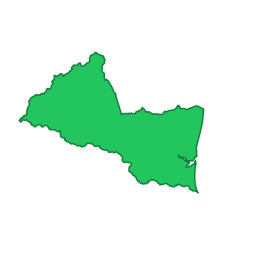 Moma, Nampula, Mozambique, rotated 308°
{"feature_id": "85939544B26201267157646", "entity_name": "Moma", "entity_type": "district", "adm_level": 2, "iso_a3": "MOZ", "parent_name": "Mozambique", "parent_adm1": "Nampula", "projection": "orthographic", "projection_center": [39.158, -16.396], "detail": "fine", "context": "isolated", "style": "filled", "palette": "green", "viewbox_px": 256, "rotation_deg": 308, "n_neighbors": 0, "source": "geoboundaries", "source_scale": "gbopen_adm2", "svg_char_len": 5774}
<svg xmlns="http://www.w3.org/2000/svg" viewBox="0 0 256 256"><g transform="rotate(308 128 128)"><path d="M169.3,63.7L168.8,63.0L168.8,62.0L167.9,59.8L168.0,59.3L167.6,58.4L167.8,57.7L167.7,57.0L167.9,56.6L167.8,56.0L166.9,55.6L165.9,55.7L165.3,55.4L164.4,55.4L162.2,53.9L160.3,54.4L159.8,54.9L158.5,55.3L157.1,56.7L156.3,56.8L152.5,55.3L151.7,55.4L150.9,55.0L149.6,54.8L148.5,53.9L148.3,53.1L149.3,51.1L149.8,50.6L149.6,49.9L148.3,49.7L147.8,49.2L146.6,49.4L146.0,49.0L145.1,47.9L144.8,47.8L144.5,46.8L143.8,46.5L143.4,46.4L142.7,46.7L141.8,46.3L140.8,46.5L139.9,46.9L139.6,47.8L138.5,47.9L137.7,47.8L137.5,47.3L136.9,47.0L135.1,47.5L133.6,46.3L131.5,45.6L128.8,45.2L128.7,44.5L129.8,43.9L129.8,42.2L128.3,40.9L127.6,41.3L126.1,40.8L125.9,40.6L125.2,40.6L124.6,38.5L123.9,37.7L123.2,37.9L122.4,39.3L121.8,39.3L121.0,39.7L119.8,39.7L119.2,39.5L117.4,39.6L117.3,39.8L117.4,40.7L116.6,41.0L116.2,41.5L113.2,41.9L112.2,42.7L111.1,43.0L110.5,42.2L110.2,41.5L110.3,41.2L109.6,40.6L109.4,40.1L107.9,40.1L106.4,41.0L104.0,40.5L103.0,40.7L102.6,40.2L102.8,39.4L102.6,39.2L101.9,39.1L101.4,38.4L100.1,38.6L99.9,38.5L99.3,37.8L99.3,37.2L98.0,36.3L97.2,34.6L95.6,34.8L95.1,34.5L94.6,33.8L93.8,33.8L92.4,33.0L91.7,33.0L90.8,33.1L90.4,33.5L89.4,33.5L88.7,33.2L88.1,33.4L87.1,34.3L86.8,34.9L84.8,36.4L82.5,36.4L81.8,36.8L80.3,37.1L79.6,37.8L78.6,38.2L78.1,38.8L77.1,39.1L75.8,40.1L75.3,40.1L75.1,39.7L74.2,38.8L73.1,38.7L72.8,38.1L72.0,38.3L71.7,38.8L71.2,38.8L70.7,38.5L70.0,37.6L69.5,37.6L68.8,38.0L67.9,37.8L66.9,37.8L66.6,38.7L66.7,39.8L67.2,40.0L68.5,39.9L69.8,40.4L70.7,42.1L72.1,43.3L72.1,44.0L71.7,44.9L72.1,45.9L71.8,47.5L72.3,48.4L72.0,48.9L71.4,49.1L71.0,49.7L71.6,51.5L71.4,52.4L71.5,53.8L75.7,55.6L76.2,56.5L76.3,57.6L75.9,59.8L76.2,60.1L77.3,60.2L77.6,60.6L79.4,61.4L80.0,62.7L79.9,63.5L78.7,66.7L78.7,67.6L79.2,68.5L80.1,69.0L80.7,70.4L81.5,71.3L81.5,72.6L81.8,73.2L81.8,74.2L82.2,75.3L82.7,75.7L83.9,75.9L84.2,76.3L83.8,76.8L82.9,77.4L82.3,77.4L81.0,79.5L80.1,80.0L79.7,80.8L79.9,82.3L81.3,84.5L81.0,85.0L79.6,85.5L79.6,88.1L80.3,89.7L80.4,92.9L82.1,95.0L82.3,96.1L82.8,97.1L82.7,98.3L82.9,99.4L84.1,100.5L84.6,100.7L84.4,101.6L84.6,103.1L85.3,103.7L85.8,103.8L86.4,104.7L87.3,105.3L89.8,105.4L91.1,105.2L91.5,105.5L93.4,109.7L93.4,110.9L93.0,112.7L94.0,114.1L95.5,115.8L95.7,116.4L96.1,116.7L95.0,118.3L95.3,119.7L95.3,121.4L96.4,123.1L96.6,124.0L96.8,124.3L97.4,124.6L97.8,125.5L97.7,126.6L97.0,127.4L97.1,127.9L97.8,128.5L98.1,129.1L99.5,130.2L100.0,132.4L101.8,133.1L102.1,133.8L102.0,135.4L102.2,135.9L102.2,138.2L101.8,139.3L102.1,140.6L101.8,141.0L101.7,141.5L101.0,142.1L99.3,142.9L99.2,143.4L98.4,144.3L98.6,145.0L98.5,145.8L98.8,146.8L100.3,147.8L100.6,148.3L100.8,149.5L102.0,150.7L101.9,151.4L102.0,152.8L101.7,153.1L99.9,153.3L99.1,152.9L98.3,153.1L97.9,153.5L97.1,153.3L96.5,154.1L94.6,155.2L94.4,157.1L94.9,158.0L94.5,158.8L94.3,160.4L93.9,161.1L94.3,161.9L94.0,162.7L94.3,164.2L92.9,166.3L92.6,167.2L92.7,168.0L92.1,168.4L92.0,168.8L92.1,169.4L92.7,170.6L92.5,171.2L92.2,171.7L92.2,172.1L92.5,172.7L93.1,173.1L93.2,173.6L93.0,174.1L93.1,174.4L94.3,174.9L94.4,175.5L95.1,176.6L95.5,176.4L96.1,176.8L96.7,176.6L97.3,177.6L98.2,177.6L98.6,177.0L99.7,177.8L100.8,178.1L101.5,178.0L101.9,178.6L101.9,179.5L103.1,180.2L103.1,181.6L103.7,183.9L103.3,185.2L102.9,185.8L103.4,187.0L102.9,188.0L102.9,188.4L103.9,188.8L105.2,190.5L106.1,190.7L107.7,191.9L107.7,192.4L108.2,192.9L107.9,194.0L108.3,194.6L108.0,196.3L108.3,196.9L108.7,197.4L108.8,198.8L109.7,199.4L110.1,200.7L111.2,200.5L111.8,201.4L113.1,201.2L113.3,201.6L113.4,202.3L114.8,202.6L115.1,203.0L115.3,204.8L115.6,205.5L115.6,206.7L116.2,208.0L116.6,208.6L118.9,209.9L119.4,210.7L119.3,212.1L119.1,212.9L118.1,213.7L117.8,214.7L118.3,216.0L118.4,218.1L119.5,219.0L119.8,219.6L120.2,221.8L120.1,223.0L120.3,223.0L120.5,221.9L121.6,220.1L124.0,216.7L128.0,212.7L132.7,209.0L137.0,206.0L141.4,203.6L142.2,203.0L143.7,201.4L142.6,201.3L141.8,201.7L141.6,202.3L140.8,202.3L140.6,202.6L140.3,202.6L139.0,201.3L138.1,201.3L137.5,201.0L136.3,200.9L135.8,200.2L134.3,199.3L133.0,198.0L133.1,197.7L133.5,197.6L134.2,197.8L135.2,197.7L137.6,198.0L138.2,197.9L138.8,197.3L137.7,195.8L137.5,194.6L137.5,192.1L137.7,190.8L137.6,189.7L137.1,188.2L136.7,187.6L136.4,185.9L137.0,184.9L137.6,184.7L137.4,185.8L137.6,187.0L138.3,188.7L139.0,189.7L139.0,190.2L139.8,191.2L139.7,192.2L139.0,192.9L138.8,194.2L139.0,195.1L140.6,197.2L141.6,199.0L142.3,199.3L144.3,199.2L146.9,198.6L147.3,198.7L147.1,199.2L147.9,199.4L148.7,200.0L148.3,199.4L148.4,199.1L152.0,196.4L153.7,194.5L155.6,193.4L169.5,187.3L178.8,182.8L189.4,176.0L188.2,169.6L187.9,168.8L187.3,168.0L178.3,162.6L178.3,161.7L177.8,160.1L175.6,157.4L175.7,156.9L176.6,155.8L177.0,154.3L176.6,153.6L175.8,153.4L175.7,153.9L174.9,153.6L174.2,154.1L173.5,153.7L170.7,153.4L170.3,152.7L169.5,152.1L169.0,151.3L167.3,150.2L166.1,149.1L164.7,148.6L163.7,146.7L163.3,146.5L161.7,146.9L160.7,146.7L159.1,146.0L158.4,145.3L157.3,142.8L156.5,141.9L156.0,140.8L154.1,139.3L154.4,138.5L154.0,138.1L154.0,136.1L153.6,135.3L153.6,134.4L152.6,133.6L152.3,132.7L151.7,132.6L151.8,132.3L152.3,131.9L151.9,130.9L152.3,130.0L152.9,129.3L152.5,128.5L152.8,128.3L152.7,126.6L149.9,127.2L148.9,126.6L148.6,125.8L146.9,125.7L146.5,124.9L145.3,124.4L145.0,124.4L144.2,124.9L143.6,124.8L142.3,123.0L141.7,121.4L141.0,121.1L140.4,120.0L139.7,119.6L139.5,119.0L138.5,118.1L136.9,115.8L135.5,114.8L134.7,114.6L146.1,98.1L146.7,98.0L147.2,97.6L147.4,97.0L147.6,95.2L150.7,89.3L151.3,87.2L153.1,83.5L152.9,80.9L151.6,80.6L153.1,78.2L156.2,76.0L156.6,74.9L156.4,73.2L156.5,72.5L159.7,70.6L161.2,69.2L164.5,69.6L164.9,69.4L165.3,68.7L165.8,68.6L166.1,68.2L167.5,68.0L167.5,67.0L167.9,66.4L168.8,65.7L168.9,65.0L169.5,64.4L169.3,63.7Z" fill="#22c55e" stroke="#15803d" stroke-width="1.5"/></g></svg>